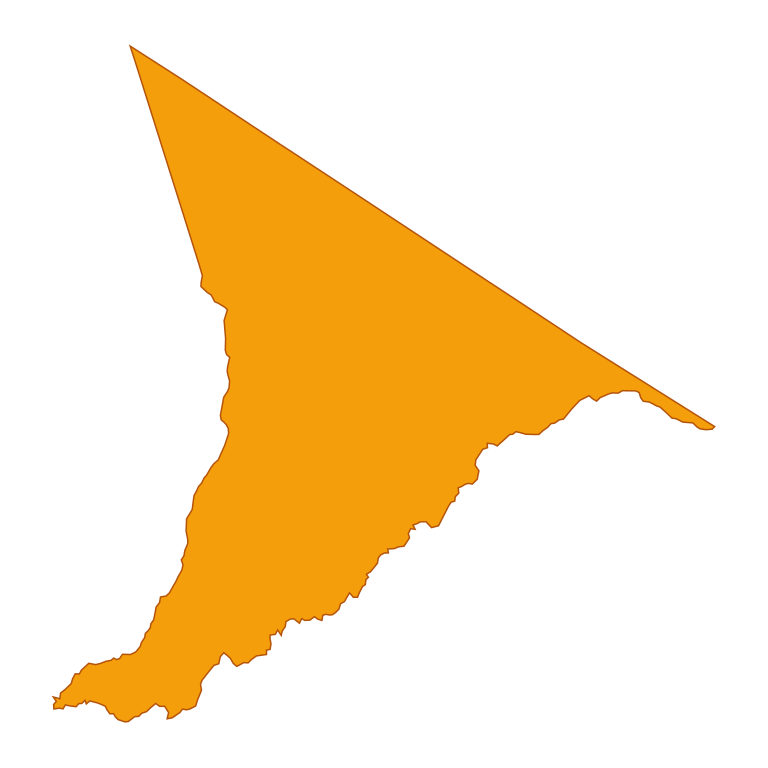 the district of Novo Planalto, Goiás, Brazil
{"feature_id": "56859067B70004024214037", "entity_name": "Novo Planalto", "entity_type": "district", "adm_level": 2, "iso_a3": "BRA", "parent_name": "Brazil", "parent_adm1": "Goiás", "projection": "natural_earth1", "projection_center": [-49.753, -13.241], "detail": "fine", "context": "isolated", "style": "filled", "palette": "amber", "viewbox_px": 768, "rotation_deg": 0, "n_neighbors": 0, "source": "geoboundaries", "source_scale": "gbopen_adm2", "svg_char_len": 3437}
<svg xmlns="http://www.w3.org/2000/svg" viewBox="0 0 768 768"><path d="M130.2,46.1L135.6,62.9L183.8,215.8L198.8,263.6L202.4,275.7L201.1,282.7L201.0,286.6L207.1,292.3L211.3,295.1L214.7,301.7L218.0,303.1L224.9,307.3L227.4,309.8L224.1,320.5L225.6,338.4L225.3,350.1L226.6,354.6L229.7,357.4L227.6,366.8L227.2,371.1L227.8,374.6L229.6,380.8L229.0,387.9L227.6,391.3L223.7,397.3L220.4,415.5L221.2,419.8L224.1,422.3L226.5,424.9L228.3,428.6L228.6,433.6L224.7,445.4L220.0,455.9L218.3,459.8L213.9,463.7L210.9,467.7L206.6,475.2L204.2,477.8L201.7,483.0L198.6,486.5L196.1,491.9L194.0,495.6L192.2,509.5L186.6,518.8L186.1,531.0L187.8,539.9L187.7,543.8L184.9,550.4L183.9,555.9L181.3,559.9L183.0,564.7L181.9,570.0L178.0,576.9L175.6,582.1L173.4,585.7L169.4,592.9L166.1,596.0L160.5,597.0L159.6,602.5L156.1,607.1L155.2,612.3L153.7,619.8L150.9,623.8L150.3,627.6L148.2,630.7L145.4,633.3L144.7,637.6L141.5,642.4L140.1,646.7L135.7,652.0L130.5,654.5L122.5,654.3L119.6,658.5L116.7,659.6L113.7,658.1L111.1,660.3L105.9,661.3L100.6,663.4L95.7,664.6L88.8,663.3L81.5,670.0L79.4,673.9L75.2,673.9L72.5,679.0L71.3,683.5L65.0,689.6L60.6,693.0L59.8,698.7L53.3,697.0L56.3,701.4L53.6,704.5L53.9,709.0L59.6,708.1L63.0,708.9L65.4,704.9L69.2,705.8L76.1,706.7L78.7,703.7L81.8,703.4L85.0,700.3L86.3,703.9L89.8,700.9L97.4,702.9L101.1,704.3L105.2,706.2L106.9,709.6L109.9,713.8L113.5,713.7L115.5,717.0L118.1,719.6L125.0,721.9L128.3,721.5L134.6,716.7L138.7,716.4L141.8,713.2L146.6,711.6L150.7,707.6L155.7,703.5L159.6,706.3L164.7,706.3L168.6,712.6L167.1,718.8L172.2,717.8L179.8,712.6L182.5,709.1L186.6,709.8L190.1,708.9L195.7,705.9L197.6,699.7L201.5,690.2L200.5,684.4L202.0,680.3L208.5,672.0L213.9,665.4L218.8,663.7L220.2,656.8L223.8,652.7L228.0,656.1L230.5,658.5L233.2,663.3L236.8,666.4L243.8,662.6L248.1,662.9L251.5,659.5L256.5,655.9L266.5,654.5L266.5,650.1L270.1,649.4L271.0,643.8L270.0,638.7L270.1,635.1L275.3,634.3L277.7,630.0L281.2,635.4L282.2,631.1L285.2,626.7L286.0,621.6L290.2,619.1L293.9,618.8L299.4,623.2L301.7,618.6L304.8,620.4L309.9,620.1L314.4,616.7L317.7,619.1L321.9,620.4L322.8,615.3L325.8,614.3L329.4,615.0L332.5,614.7L335.8,612.3L338.9,609.1L340.6,603.7L344.4,601.6L349.5,592.8L353.3,597.2L357.5,597.3L359.4,592.6L362.5,586.5L365.3,584.7L365.9,579.7L368.4,577.3L366.4,574.2L370.5,571.8L377.4,563.3L378.3,557.9L380.7,554.9L384.4,553.0L388.4,552.9L387.7,549.0L394.2,548.6L398.8,546.8L404.0,546.2L409.5,537.9L408.3,533.4L410.7,528.7L415.1,529.3L413.0,525.0L417.1,523.6L420.5,521.8L426.1,521.8L431.5,527.6L438.5,525.8L448.7,505.8L451.2,502.1L454.7,501.2L455.3,496.7L458.8,493.1L458.2,487.8L461.6,486.5L465.5,484.1L468.8,483.4L472.3,484.1L477.2,479.3L478.9,470.8L475.2,465.4L475.8,459.9L482.7,449.3L487.5,447.7L487.2,443.3L493.2,443.9L497.2,445.9L502.8,440.9L509.6,434.6L512.8,434.2L515.8,431.7L519.3,432.4L525.8,434.2L534.5,434.5L538.9,434.4L543.0,430.6L547.6,427.4L550.9,423.7L554.7,423.1L559.4,419.8L563.5,419.1L571.5,409.2L579.8,400.4L589.1,395.7L592.5,398.7L596.6,401.1L600.3,397.5L604.0,396.0L608.6,393.9L612.4,392.9L618.3,393.1L622.4,390.7L635.8,390.9L639.2,392.6L640.7,397.7L643.2,401.2L649.5,402.1L656.8,406.0L659.9,407.0L667.0,413.3L671.9,418.1L676.1,418.7L682.9,422.1L692.8,422.9L697.0,426.9L699.9,428.8L706.1,429.7L712.1,429.2L714.7,426.6L646.5,383.8L580.7,342.5L540.3,315.8L525.7,306.1L487.7,281.1L349.1,189.6L286.1,148.2L280.1,144.3L274.1,140.3L250.3,124.6L182.3,79.6L147.3,57.1L142.9,54.3L130.2,46.1Z" fill="#f59e0b" stroke="#b45309" stroke-width="1.5"/></svg>